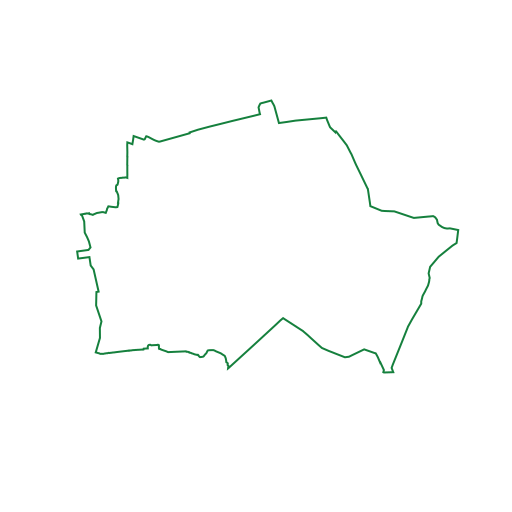 Nunspeet, Gelderland, Netherlands (Albers equal-area conic projection), rotated 295°
{"feature_id": "6326949B93829064241629", "entity_name": "Nunspeet", "entity_type": "district", "adm_level": 2, "iso_a3": "NLD", "parent_name": "Netherlands", "parent_adm1": "Gelderland", "projection": "albers", "projection_center": [5.765, 52.337], "detail": "fine", "context": "isolated", "style": "outline", "palette": "green", "viewbox_px": 512, "rotation_deg": 295, "n_neighbors": 0, "source": "geoboundaries", "source_scale": "gbopen_adm2", "svg_char_len": 5724}
<svg xmlns="http://www.w3.org/2000/svg" viewBox="0 0 512 512"><g transform="rotate(295 256 256)"><path d="M365.0,428.3L363.0,420.0L362.5,419.2L361.6,417.5L361.0,415.2L360.9,414.2L360.9,412.2L361.3,410.1L361.5,408.7L361.6,408.4L361.8,407.9L362.1,407.5L362.4,407.1L362.6,406.7L363.6,406.0L364.2,405.5L365.1,404.9L365.4,404.6L365.6,404.1L366.0,403.6L366.8,401.9L366.9,401.5L367.0,399.7L365.4,397.0L364.5,395.4L357.3,383.1L357.2,382.8L356.9,380.3L355.4,366.9L354.9,362.5L351.2,353.7L350.1,350.8L349.6,340.3L349.5,338.6L352.3,336.8L362.3,330.2L364.2,328.9L364.2,328.7L365.1,327.6L374.9,315.6L380.8,308.3L382.6,306.2L388.5,299.6L389.8,297.8L394.7,291.5L397.8,285.6L398.8,283.6L402.7,276.1L402.8,275.8L402.7,275.7L402.0,275.0L401.8,275.1L403.8,269.2L404.1,268.6L404.8,267.8L409.5,262.7L411.1,261.2L408.2,256.4L395.4,234.6L390.6,227.4L386.2,220.6L399.2,209.6L399.8,209.0L401.1,207.3L401.7,206.4L403.4,204.2L397.9,197.7L397.4,197.0L396.0,195.5L393.9,195.4L391.8,195.5L387.4,198.7L386.2,199.7L382.2,194.8L368.5,177.6L361.1,168.5L353.6,159.2L346.0,150.1L339.9,143.6L339.2,144.0L319.3,120.8L319.0,120.4L318.6,119.8L318.5,119.5L318.2,117.1L318.1,115.4L318.1,114.5L318.1,114.1L318.2,111.7L318.4,108.3L318.3,106.8L318.2,106.1L318.1,105.9L314.8,105.8L314.4,105.5L314.1,105.2L313.0,94.4L309.1,95.6L305.1,96.7L304.9,94.2L304.6,91.4L302.1,92.4L295.6,95.6L292.2,97.1L291.8,97.4L291.7,97.3L290.8,97.8L285.7,100.1L284.1,100.8L283.9,101.1L283.7,101.1L280.9,102.4L277.7,103.9L275.2,105.1L273.1,106.0L272.5,106.3L272.5,106.2L272.3,105.7L272.1,104.6L272.0,104.3L271.8,104.1L271.5,103.8L271.4,103.5L271.0,102.8L270.8,102.2L270.2,101.5L269.7,100.5L269.0,99.4L268.3,98.6L267.9,98.3L267.8,98.2L266.4,99.2L265.4,99.6L265.1,99.8L264.4,99.9L263.5,100.1L262.4,100.3L261.9,100.3L261.7,100.1L261.3,99.7L261.1,99.6L260.0,99.7L259.0,100.1L258.5,100.3L255.7,101.8L255.5,102.1L255.6,102.6L254.7,103.5L254.2,104.1L253.7,104.6L253.3,105.0L252.9,105.4L249.5,107.4L249.0,107.5L246.4,108.3L246.5,108.4L245.4,109.0L243.5,109.4L241.8,109.7L241.3,109.0L241.0,108.5L240.8,108.1L239.5,104.2L238.7,101.4L238.6,101.2L237.5,101.2L235.8,101.1L234.6,101.4L231.6,101.6L231.2,99.1L231.1,98.7L230.5,97.6L228.6,94.9L228.0,94.0L227.6,93.5L227.2,93.1L226.5,92.6L225.7,91.7L225.0,91.3L224.3,90.7L224.3,90.2L224.1,89.2L224.0,88.5L223.8,87.9L223.7,87.7L223.6,87.3L223.7,87.2L223.9,87.2L224.0,87.1L224.1,86.9L224.2,86.7L223.8,86.5L223.7,86.5L223.7,86.4L223.8,86.1L223.6,85.7L223.4,85.4L223.2,85.2L223.1,84.8L223.1,84.7L223.0,84.4L222.6,84.0L222.3,83.8L222.3,83.7L222.2,83.2L221.7,82.8L221.5,82.5L221.4,82.3L219.6,79.7L219.3,80.1L219.2,81.2L214.7,85.7L204.8,90.9L201.8,94.8L198.6,98.4L193.8,102.4L190.7,101.6L184.5,92.0L178.5,95.9L184.6,105.5L177.5,110.2L175.2,114.5L157.2,128.4L155.9,126.6L143.6,132.0L131.4,143.6L124.8,144.9L115.8,149.2L100.9,151.5L101.4,154.5L101.5,154.7L101.5,155.2L101.5,156.1L101.7,156.7L102.0,157.1L102.2,157.8L102.5,158.2L102.6,158.6L102.8,159.0L103.2,159.5L103.5,159.8L103.8,160.4L104.2,160.9L104.6,161.4L104.9,162.2L105.9,163.3L106.0,163.5L106.0,163.8L106.1,164.1L106.4,164.5L106.7,164.9L106.8,165.2L108.2,167.3L108.6,168.1L109.0,168.7L110.1,170.4L113.9,176.5L115.0,178.3L115.3,178.7L115.4,179.1L115.6,179.3L116.1,180.0L116.3,180.8L116.6,181.2L116.8,181.1L116.9,181.3L117.0,181.5L117.2,181.8L117.5,182.5L117.9,183.2L118.3,183.6L118.6,184.2L119.2,185.2L119.6,186.0L120.0,186.6L120.2,187.1L120.8,188.1L121.1,188.7L122.9,192.0L123.2,192.7L123.7,193.6L123.8,193.6L124.0,193.6L124.3,193.3L124.5,193.3L125.7,195.5L126.5,197.0L127.6,196.4L127.9,196.3L128.8,196.1L129.2,196.1L129.5,196.2L130.1,196.5L130.4,196.9L130.7,197.4L130.9,197.8L130.9,198.0L130.8,198.6L130.8,198.9L131.5,200.1L133.1,203.1L133.5,203.8L133.5,204.0L133.9,204.3L134.0,204.4L134.2,204.9L134.2,205.2L134.2,205.4L134.1,205.7L133.1,206.2L131.2,207.1L130.9,207.5L131.0,207.6L131.0,208.1L131.1,208.3L131.3,208.7L131.2,209.2L131.1,209.4L131.1,209.6L131.7,215.1L131.7,216.1L131.7,216.4L131.7,216.7L131.8,217.1L134.0,221.3L135.2,223.6L139.2,231.3L140.0,232.8L139.8,233.1L139.8,233.4L140.0,233.9L140.4,234.7L140.4,234.9L140.4,235.2L140.4,235.4L140.6,235.8L140.5,236.2L140.5,236.4L140.3,236.5L140.4,237.1L140.6,237.7L140.7,238.5L140.6,239.0L140.8,239.8L140.9,241.5L141.0,242.4L141.3,243.5L141.5,244.7L141.8,244.9L141.9,245.0L141.8,245.3L141.8,245.5L141.7,245.7L141.4,246.1L141.2,246.4L140.7,247.7L140.7,247.8L140.7,248.0L141.6,249.5L142.5,250.7L142.8,250.9L143.1,251.0L144.6,251.3L145.7,251.6L146.6,252.0L147.4,252.1L148.8,252.1L149.7,252.2L149.9,252.2L150.1,252.4L150.2,252.5L150.5,252.9L151.0,253.7L152.6,256.9L152.8,258.1L152.8,258.6L152.7,259.8L152.7,260.2L152.9,264.5L152.9,265.4L152.6,267.2L152.3,269.7L152.2,269.9L152.1,270.1L150.5,271.8L149.1,272.8L148.4,273.3L147.3,273.9L147.2,274.0L147.1,274.9L147.0,275.2L147.0,275.4L146.8,275.7L146.4,276.0L145.4,276.2L145.1,276.4L145.0,276.6L144.7,277.5L144.2,277.9L143.6,277.8L143.2,277.9L142.3,278.2L142.7,278.4L174.1,291.5L202.8,303.3L207.9,305.3L211.1,306.8L207.8,330.5L207.7,330.6L206.1,336.4L204.9,340.1L204.5,341.4L201.9,349.8L200.5,354.6L200.7,362.0L201.0,366.5L201.1,368.4L201.2,370.0L201.8,379.4L202.7,380.8L203.6,382.2L203.7,382.4L203.8,382.6L204.3,383.1L206.7,385.0L217.1,393.5L217.3,395.7L218.2,404.8L218.3,405.1L218.4,405.4L218.4,405.6L218.2,405.9L217.0,407.6L215.6,409.4L211.7,413.7L212.0,413.8L206.7,420.1L204.5,420.5L204.5,421.2L208.7,429.5L211.9,426.2L215.2,425.9L239.4,424.6L255.1,423.7L256.1,423.6L264.6,424.2L282.6,425.9L284.8,424.9L286.6,424.6L288.2,424.3L289.4,424.0L290.3,423.9L291.2,423.9L295.4,424.2L297.4,424.2L301.9,424.4L305.5,423.8L307.0,423.4L307.9,423.0L309.5,422.7L313.2,419.8L319.8,418.4L332.6,421.9L341.2,426.1L348.3,429.6L349.6,430.4L352.5,432.3L357.3,430.8L365.0,428.3Z" fill="none" stroke="#15803d" stroke-width="2"/></g></svg>